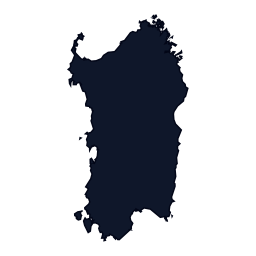 Sardegna, Nuoro, Italy (Mercator projection)
{"feature_id": "23120603B31191283857260", "entity_name": "Sardegna", "entity_type": "district", "adm_level": 2, "iso_a3": "ITA", "parent_name": "Italy", "parent_adm1": "Nuoro", "projection": "mercator", "projection_center": [9.015, 40.086], "detail": "fine", "context": "isolated", "style": "filled", "palette": "ink", "viewbox_px": 256, "rotation_deg": 0, "n_neighbors": 0, "source": "geoboundaries", "source_scale": "gbopen_adm2", "svg_char_len": 5632}
<svg xmlns="http://www.w3.org/2000/svg" viewBox="0 0 256 256"><path d="M84.7,225.4L88.2,232.5L90.3,231.2L90.9,226.2L92.4,223.8L91.8,223.7L91.8,223.2L95.5,222.8L98.8,224.3L99.6,226.3L98.8,228.3L99.4,230.4L100.3,232.4L101.7,231.9L102.9,233.9L101.7,238.1L104.5,238.0L104.1,240.6L105.4,240.3L104.7,238.4L106.2,237.7L105.8,236.3L109.5,235.4L109.9,234.1L114.0,236.3L113.7,237.1L115.4,238.9L115.8,237.5L117.7,239.5L119.3,239.6L129.3,230.4L129.2,229.7L130.9,229.8L130.4,229.3L131.3,228.4L131.2,226.6L132.7,223.3L130.6,220.5L130.0,217.2L131.7,213.4L132.6,214.0L132.8,214.1L131.8,213.3L133.7,210.9L134.6,210.2L135.1,210.6L135.7,210.9L136.0,211.0L134.8,210.3L135.9,209.4L136.3,210.7L136.1,209.0L138.5,210.2L137.5,210.3L137.2,210.7L138.5,210.3L140.7,212.0L141.4,211.3L140.7,210.8L141.1,209.9L144.1,207.9L150.4,209.1L160.3,217.3L164.9,216.5L164.8,218.6L166.3,219.8L166.3,217.5L167.4,216.3L168.8,216.5L169.4,215.1L170.3,212.4L169.1,210.7L169.7,206.1L171.9,202.0L174.1,201.2L172.0,199.5L171.5,197.0L175.0,186.3L174.9,183.8L173.9,182.7L175.7,176.5L175.0,169.1L175.9,167.6L175.9,164.9L177.1,163.6L176.5,157.6L178.5,150.6L177.5,149.1L177.5,146.1L179.9,143.7L177.8,141.9L177.8,138.6L181.3,130.0L175.5,124.0L173.8,119.6L173.4,114.0L173.9,111.6L177.5,106.0L183.4,101.0L183.9,97.8L185.5,96.4L187.8,88.3L185.5,86.9L185.1,84.3L182.4,81.6L181.7,78.2L182.5,74.8L179.8,71.6L179.3,68.7L180.0,67.7L176.7,64.5L176.9,62.7L178.2,62.1L177.4,61.0L177.8,59.8L179.4,60.2L180.8,59.0L179.1,59.3L177.4,57.4L176.3,58.2L175.4,57.4L175.5,55.7L174.7,56.3L172.8,54.8L174.8,51.9L173.0,51.6L170.9,53.8L169.0,51.9L164.9,52.6L165.2,51.5L166.0,51.8L166.4,51.6L165.4,51.5L164.8,51.2L169.9,51.2L169.5,49.8L171.3,47.4L170.5,46.0L172.5,44.2L175.3,46.0L176.3,44.9L171.3,42.3L170.7,43.5L170.0,43.1L170.1,44.2L168.6,44.1L169.0,41.0L166.6,41.7L166.4,43.4L165.0,43.7L166.5,41.3L166.3,39.5L167.5,38.8L166.7,38.1L167.0,36.8L167.6,36.1L167.6,36.7L168.4,37.2L169.7,35.2L169.0,33.3L167.5,33.8L167.9,32.0L166.5,31.9L167.4,31.6L166.5,29.8L165.3,30.3L165.8,30.7L166.1,31.2L162.3,31.1L162.7,32.7L160.6,35.0L160.9,31.8L159.7,31.1L159.7,29.9L158.0,29.7L159.3,27.9L155.5,27.3L155.0,25.1L153.3,25.3L152.7,26.2L153.7,26.3L152.8,27.1L152.0,25.5L151.7,26.5L149.8,26.4L150.6,25.6L149.6,24.0L148.9,26.4L148.1,25.8L149.2,23.2L146.1,21.5L146.0,20.2L143.8,21.2L143.0,22.7L143.0,21.3L140.9,22.4L139.6,21.4L139.4,22.7L141.2,23.0L140.2,26.0L141.5,28.2L140.2,29.9L137.9,30.0L137.2,31.9L135.5,32.5L132.7,31.6L130.4,32.8L124.6,40.5L121.0,41.8L121.6,42.9L120.3,43.2L120.5,44.9L114.7,51.7L108.2,52.4L103.6,55.4L101.5,58.6L96.2,60.8L91.1,61.2L88.3,59.3L86.8,59.4L87.1,58.6L86.6,59.6L85.7,59.5L85.7,58.6L85.2,59.7L84.0,59.9L84.0,58.6L83.5,59.4L83.7,58.4L86.1,58.3L83.7,58.4L83.5,59.4L81.2,59.0L75.5,53.0L74.8,50.2L75.4,50.5L75.8,48.8L73.2,47.0L71.5,50.2L74.8,55.1L72.2,62.0L70.3,63.7L70.7,66.2L70.1,67.9L68.2,69.4L70.5,71.1L71.3,72.9L73.4,73.8L72.0,78.3L69.2,79.5L69.6,83.6L70.6,85.4L70.8,82.3L72.7,80.0L74.5,81.6L73.3,82.3L73.3,84.6L76.2,84.6L76.7,83.1L79.7,82.3L81.4,84.4L80.7,85.0L81.2,85.4L80.5,84.9L82.8,91.0L85.3,91.8L87.3,99.3L85.7,103.9L85.9,105.9L89.5,106.4L89.8,107.5L91.7,108.1L92.3,110.7L93.0,110.8L91.5,116.0L91.9,118.7L91.1,120.8L93.7,129.1L91.0,132.4L88.0,133.3L87.1,132.4L85.5,133.8L87.3,134.1L88.2,135.6L86.6,139.4L87.4,142.2L86.9,145.5L89.6,147.8L89.7,150.2L91.9,146.0L93.6,145.4L93.3,146.2L94.8,145.6L96.5,146.5L97.4,147.7L97.2,149.5L97.8,149.3L97.9,149.7L99.2,149.5L97.9,149.8L97.4,155.9L96.6,158.2L94.9,159.8L95.7,160.4L94.4,163.4L93.4,163.2L94.1,162.7L91.4,158.4L90.2,159.3L90.3,163.5L91.1,163.8L90.1,166.2L91.3,167.6L90.6,170.6L92.1,173.9L90.8,178.8L85.7,186.9L87.9,188.3L88.1,189.6L85.3,194.5L86.5,195.2L86.1,196.4L86.9,197.7L88.6,198.2L89.8,201.9L88.8,204.1L84.8,207.7L84.9,209.0L87.3,210.8L86.6,210.9L88.1,214.7L87.9,212.7L89.9,214.3L89.8,218.3L91.8,217.6L92.8,220.9L93.4,220.7L91.8,223.2L91.2,220.8L89.1,218.6L86.3,219.5L85.1,218.0L83.6,221.0L84.7,225.4ZM81.4,33.2L80.9,34.3L78.3,34.9L79.1,37.5L77.8,37.6L76.7,39.8L74.5,40.7L74.3,42.1L75.3,42.2L74.0,43.8L73.8,45.6L77.0,46.0L77.6,44.2L76.5,43.2L76.5,42.0L76.0,42.2L75.9,42.1L75.7,42.3L75.5,42.2L78.7,38.3L82.4,39.8L83.0,37.8L82.5,37.0L83.7,36.2L81.9,35.0L82.2,34.1L81.4,33.2ZM80.8,211.4L77.8,211.9L74.7,213.9L74.8,215.6L76.7,216.6L76.3,217.2L77.1,217.8L76.5,218.6L78.3,219.9L80.5,219.3L81.3,215.5L80.7,215.2L81.3,215.2L80.5,213.9L80.8,211.4ZM159.0,19.4L158.6,21.0L158.2,20.9L158.0,20.2L157.6,20.0L157.8,21.6L156.0,22.6L156.3,24.8L160.3,24.4L160.2,23.1L161.0,22.7L160.3,22.5L160.0,23.5L159.8,23.6L160.3,21.9L159.4,20.4L160.0,20.3L159.0,19.4ZM162.6,21.5L161.7,21.7L161.8,23.6L161.0,23.5L160.9,25.4L161.6,25.8L160.7,25.5L160.7,26.7L160.0,26.8L160.4,27.6L161.4,26.5L162.5,28.7L163.4,27.2L162.2,26.8L163.9,23.9L162.6,21.5ZM181.7,52.8L181.4,51.2L180.8,52.0L176.8,54.5L176.9,54.8L181.7,52.8ZM153.4,20.8L152.9,22.4L153.9,23.1L154.8,21.8L153.4,20.8ZM181.8,56.5L179.9,56.0L179.5,56.7L181.3,57.6L181.8,56.5ZM158.9,25.0L157.5,26.0L157.4,26.7L159.0,26.8L158.9,25.0ZM156.2,15.6L154.9,16.7L155.2,17.6L156.5,16.6L156.2,15.6ZM154.8,17.7L153.0,18.0L154.5,18.6L154.8,17.7ZM153.5,15.6L152.9,16.3L154.0,16.5L153.2,16.8L154.7,16.9L153.5,15.6ZM74.2,46.1L74.1,47.3L74.9,47.3L74.9,46.7L74.2,46.1ZM81.0,138.0L80.1,137.7L79.9,138.8L81.0,138.0ZM172.4,36.8L171.8,37.3L171.5,37.4L172.2,37.8L172.4,36.8ZM170.3,38.6L169.5,38.5L170.3,38.6ZM167.1,220.3L166.5,220.7L167.2,220.9L167.1,220.3ZM156.2,15.6L155.5,15.4L155.5,15.6L156.2,15.6ZM172.3,215.9L172.0,215.7L172.1,216.3L172.3,215.9ZM166.5,28.9L166.1,29.3L166.6,29.3L166.5,28.9ZM81.9,211.0L81.3,211.2L81.9,211.2L81.9,211.0ZM175.4,54.9L175.1,55.0L175.6,54.9L175.4,54.9Z" fill="#0f172a" stroke="#020617" stroke-width="1.5"/></svg>